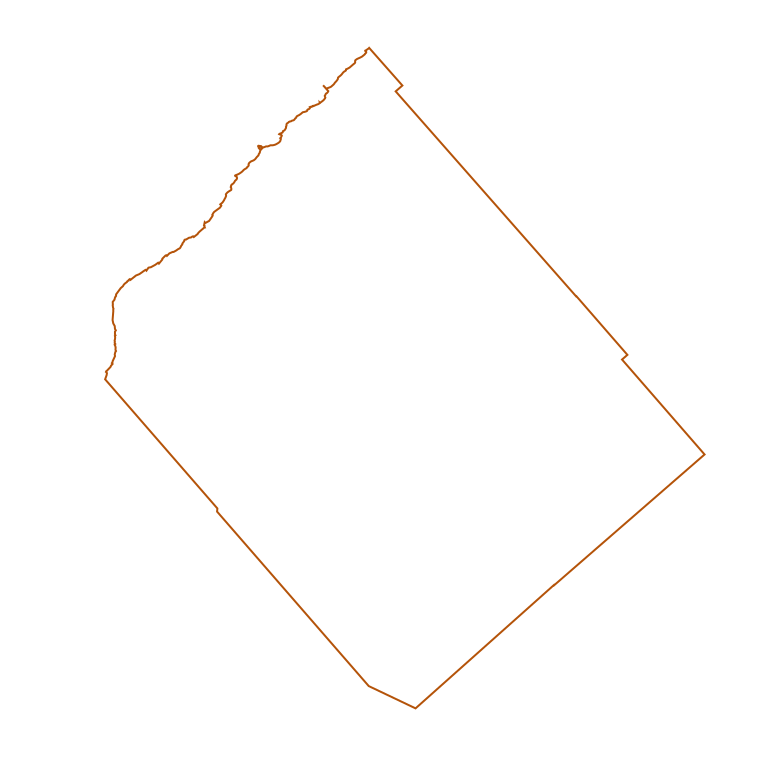 84, Ar Rayyān, Qatar, rotated 49°
{"feature_id": "91078587B80601194471899", "entity_name": "84", "entity_type": "district", "adm_level": 2, "iso_a3": "QAT", "parent_name": "Qatar", "parent_adm1": "Ar Rayyān", "projection": "mercator", "projection_center": [50.776, 25.173], "detail": "fine", "context": "isolated", "style": "outline", "palette": "amber", "viewbox_px": 768, "rotation_deg": 49, "n_neighbors": 0, "source": "geoboundaries", "source_scale": "gbopen_adm2", "svg_char_len": 4941}
<svg xmlns="http://www.w3.org/2000/svg" viewBox="0 0 768 768"><g transform="rotate(49 384 384)"><path d="M120.6,174.7L120.7,175.3L120.3,179.0L120.1,179.3L120.1,179.5L120.5,179.7L121.4,179.4L122.2,180.0L122.3,180.6L122.3,181.6L122.6,182.1L122.5,185.7L122.0,187.9L121.4,189.8L121.0,191.3L120.9,192.5L120.9,193.4L121.3,193.9L122.0,194.5L122.4,194.8L122.6,195.3L122.7,196.0L122.6,197.0L122.6,198.1L122.6,202.3L122.2,204.3L121.9,205.4L121.6,206.0L121.6,206.3L122.3,206.9L122.4,207.5L122.1,209.0L122.1,210.5L122.6,212.9L122.7,214.6L122.6,216.3L122.6,217.6L123.7,219.0L124.2,221.3L124.4,223.5L124.7,224.4L124.9,225.6L124.9,229.0L124.6,230.1L123.2,233.8L118.6,234.0L126.4,233.9L126.9,235.1L127.0,236.0L126.8,237.2L127.0,238.0L127.4,238.7L127.6,239.6L128.4,240.1L129.3,240.3L129.7,241.0L130.1,243.3L130.1,244.4L130.1,244.7L130.0,246.0L129.8,248.0L129.6,248.0L129.9,248.2L129.6,249.4L129.3,249.5L129.7,249.5L129.6,250.1L128.9,251.8L128.6,252.9L128.2,254.0L127.6,255.0L127.9,255.1L127.5,256.0L126.9,257.1L127.1,257.2L126.3,258.4L127.2,259.0L127.3,259.6L127.2,260.5L126.8,261.4L126.8,262.0L127.3,262.6L127.4,263.2L127.2,263.9L126.5,265.5L126.2,266.0L125.6,267.1L125.6,269.4L125.4,271.4L124.8,273.8L124.8,274.4L125.0,275.0L125.3,275.4L125.4,276.0L125.3,276.8L125.6,277.8L125.7,278.6L125.6,279.3L125.2,280.1L124.9,280.6L124.8,281.5L124.6,282.1L124.1,282.9L123.8,283.9L123.9,284.5L123.9,285.1L123.7,286.0L123.9,287.0L124.5,287.7L125.1,288.1L125.3,288.7L125.6,289.3L126.1,289.6L126.5,290.1L126.8,291.0L127.1,291.8L127.2,292.3L127.2,293.2L126.9,294.4L127.4,295.0L127.6,295.6L127.3,297.0L126.6,298.8L126.7,299.2L128.8,298.1L129.4,298.1L129.7,298.5L130.4,300.2L130.4,300.6L130.4,301.0L131.2,300.9L131.4,301.0L132.1,302.2L132.5,302.7L132.8,303.9L132.8,305.2L132.6,306.5L132.1,308.8L131.3,310.6L130.5,311.8L129.4,313.0L129.0,314.2L128.7,315.2L128.1,316.3L127.4,317.0L127.2,317.4L126.7,319.0L125.7,320.5L123.8,320.7L121.8,322.5L121.8,322.8L122.1,323.1L122.4,323.1L122.6,322.9L123.0,321.9L123.9,321.1L126.2,320.9L126.2,321.6L126.3,322.0L126.3,322.4L126.3,322.7L126.4,323.2L124.9,323.3L124.5,323.2L124.0,322.9L123.7,322.9L123.5,323.0L123.3,323.3L123.5,323.6L123.8,323.7L126.3,323.6L127.5,325.6L127.9,325.9L128.4,327.8L128.9,328.4L129.1,328.9L129.3,331.3L129.8,333.6L129.7,335.5L129.3,336.8L128.8,338.2L128.7,339.6L128.7,340.6L129.0,341.5L129.3,342.1L129.7,342.2L130.1,342.5L130.5,343.3L130.6,344.2L130.6,345.4L130.9,346.0L130.8,346.7L130.6,347.6L130.4,349.2L130.5,350.5L130.6,351.1L130.6,352.6L130.3,355.3L129.8,357.1L129.0,359.3L129.0,359.6L129.3,359.8L129.5,359.8L130.3,359.7L129.3,359.6L129.3,359.4L129.9,359.2L130.6,359.1L131.2,359.4L131.9,359.6L132.5,360.2L132.9,361.2L132.9,363.1L133.3,364.0L133.7,365.6L133.8,366.1L133.6,367.8L133.7,368.7L134.0,369.0L134.1,369.5L134.5,369.8L134.8,370.5L135.5,370.6L136.2,370.9L137.2,371.8L137.3,372.3L136.9,374.4L136.7,376.4L136.9,378.2L137.1,378.9L137.7,379.3L138.4,379.7L139.0,380.8L139.5,381.9L139.9,383.2L140.3,384.0L140.6,385.0L141.0,386.5L141.1,387.6L141.0,389.7L141.4,389.7L141.6,389.8L142.1,389.7L142.7,389.8L143.3,392.1L142.7,399.1L142.9,400.4L143.7,402.6L144.3,402.6L144.7,403.3L145.0,404.3L146.2,409.0L145.3,413.1L144.8,413.1L144.7,413.2L144.3,413.2L146.3,415.9L147.0,415.7L147.6,416.4L148.3,416.6L148.0,417.1L148.0,423.1L148.1,424.5L148.3,425.7L148.6,426.5L148.5,426.8L148.5,427.0L148.3,431.1L147.4,431.1L147.0,431.8L146.8,433.5L145.7,435.2L145.1,438.7L144.5,439.3L144.5,440.5L145.1,441.1L145.7,444.0L146.3,444.6L146.7,446.6L146.9,446.9L147.4,448.1L147.6,449.1L147.1,451.2L146.9,453.3L146.3,456.2L145.7,456.8L144.6,460.3L144.9,463.8L144.0,463.8L143.7,464.6L144.0,469.1L144.6,469.6L145.5,474.9L144.3,474.9L144.0,478.4L142.9,483.4L142.8,483.5L141.7,485.4L141.7,485.6L141.8,485.9L142.1,486.9L142.1,487.1L142.6,488.9L141.5,488.9L141.4,489.0L141.0,492.1L141.0,493.1L140.9,493.5L140.6,496.5L139.4,500.0L139.3,501.8L139.4,502.0L139.3,502.3L139.1,507.0L138.1,507.0L138.0,507.5L138.0,508.5L138.4,508.9L138.1,510.0L138.1,510.7L138.4,511.1L138.2,513.3L138.3,515.1L138.9,516.9L138.9,519.8L140.6,527.4L141.8,528.5L141.8,529.3L142.1,529.6L142.4,530.5L143.5,532.0L144.1,534.9L146.4,536.7L146.5,537.0L148.0,538.0L148.8,538.5L149.6,538.7L149.9,539.0L150.0,539.3L150.4,539.7L151.4,540.5L157.7,546.9L160.7,548.6L163.6,549.2L165.9,550.9L167.6,551.2L168.0,552.7L168.1,552.8L169.4,553.9L169.9,554.4L171.1,554.7L171.1,555.4L171.1,555.5L172.3,556.2L173.7,557.6L174.3,558.6L174.7,559.0L175.2,559.1L176.3,560.3L177.5,560.5L177.5,561.4L177.6,561.5L179.4,562.0L179.9,562.4L180.4,562.6L182.1,564.3L183.3,564.6L183.6,565.8L185.0,567.8L186.5,568.7L188.8,573.9L189.4,574.5L189.7,575.7L190.8,575.7L191.1,578.0L191.7,579.2L192.3,585.6L191.7,586.2L193.0,585.7L194.1,586.0L194.5,586.6L194.7,586.8L195.2,587.3L197.5,591.4L368.6,591.4L370.8,593.7L602.0,593.7L649.5,573.0L647.2,387.7L647.5,387.8L647.5,188.3L521.7,188.3L521.7,181.2L444.0,181.2L444.0,181.5L170.8,183.2L170.8,174.3L120.6,174.7Z" fill="none" stroke="#b45309" stroke-width="2"/></g></svg>